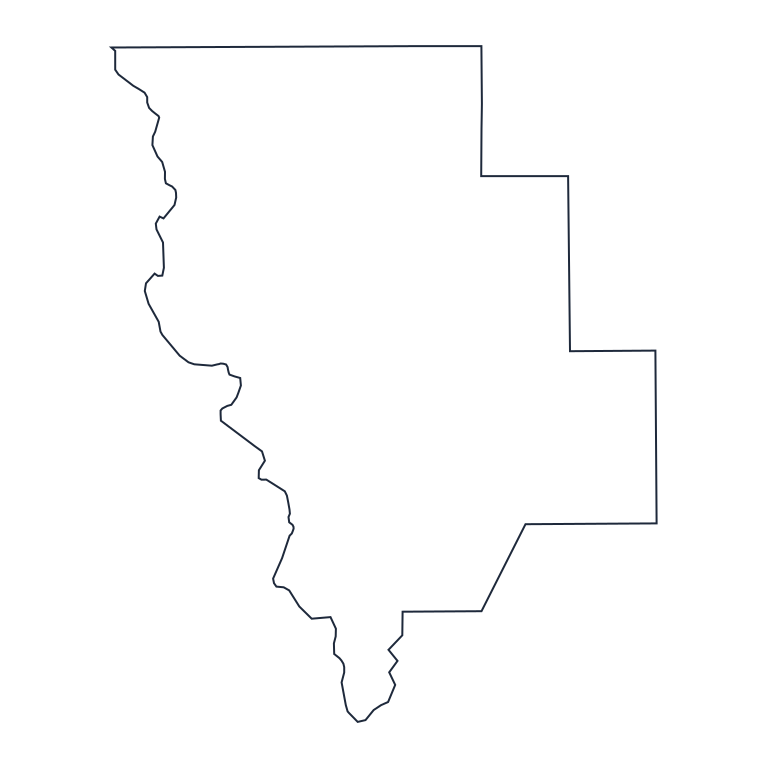 Sabine, Louisiana, United States of America (orthographic projection)
{"feature_id": "52423323B1560312281680", "entity_name": "Sabine", "entity_type": "district", "adm_level": 2, "iso_a3": "USA", "parent_name": "United States of America", "parent_adm1": "Louisiana", "projection": "orthographic", "projection_center": [-93.696, 31.506], "detail": "fine", "context": "isolated", "style": "outline", "palette": "slate", "viewbox_px": 768, "rotation_deg": 0, "n_neighbors": 0, "source": "geoboundaries", "source_scale": "gbopen_adm2", "svg_char_len": 1724}
<svg xmlns="http://www.w3.org/2000/svg" viewBox="0 0 768 768"><path d="M481.4,46.1L422.8,46.1L111.4,47.5L115.2,50.9L115.2,69.7L118.5,74.5L133.3,85.8L139.3,89.3L144.6,92.7L147.2,97.1L147.2,102.5L149.1,107.9L152.0,110.9L155.1,113.4L158.5,116.0L159.2,117.6L155.2,131.7L152.9,136.5L152.4,145.1L157.5,156.5L162.2,162.0L165.0,171.8L164.9,178.9L165.9,183.3L169.6,185.3L172.1,186.5L175.4,190.0L176.0,192.9L176.2,197.5L174.5,205.0L163.5,218.4L159.6,216.6L155.8,223.6L156.5,229.4L163.0,242.5L163.9,267.7L163.9,267.8L162.3,275.6L157.9,275.9L154.6,273.6L146.0,283.3L144.8,291.0L148.6,303.8L158.7,321.8L160.5,331.6L162.4,335.0L179.7,355.7L188.5,362.3L194.3,364.3L211.9,365.7L217.2,364.4L218.9,364.1L220.6,363.5L223.2,363.7L226.1,364.5L227.6,367.1L228.0,369.6L228.7,372.6L229.5,374.6L234.5,376.4L240.2,378.0L240.9,385.5L238.4,392.7L236.6,397.4L231.3,404.8L227.3,405.9L224.2,407.5L222.3,408.5L220.6,410.5L220.6,414.1L220.9,420.7L254.8,446.2L262.0,451.4L264.9,460.7L258.9,470.2L258.7,478.1L261.5,479.7L266.3,479.6L284.8,491.3L286.9,495.6L288.1,501.7L289.5,509.5L289.9,513.7L288.5,517.0L289.2,522.3L292.5,524.8L293.5,526.8L293.6,528.7L292.8,531.0L291.8,533.5L289.6,535.7L282.1,558.1L273.1,578.6L274.0,583.2L276.4,586.6L283.7,587.3L289.2,590.4L299.3,606.5L311.7,618.7L330.5,617.1L335.9,628.7L335.7,636.4L333.9,643.4L334.2,654.0L339.5,658.2L341.5,660.6L343.4,663.7L344.2,667.1L344.2,672.5L341.6,682.4L345.8,705.1L347.6,711.4L348.9,712.9L357.7,721.9L365.5,720.1L373.7,710.0L381.1,705.1L388.1,702.0L395.2,684.9L389.2,672.3L397.5,660.9L388.5,649.8L402.3,635.3L402.6,611.7L481.5,611.2L525.5,524.2L656.6,523.4L655.4,350.6L570.0,351.2L568.1,176.1L481.2,176.1L481.5,129.2L481.9,103.9L481.4,46.1Z" fill="none" stroke="#1e293b" stroke-width="2"/></svg>